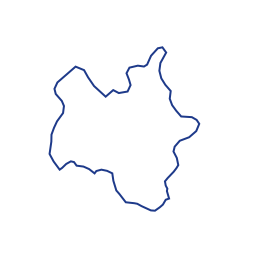 Gwangju-si, Gyeonggi, South Korea, rotated 139°
{"feature_id": "91817680B33140835215225", "entity_name": "Gwangju-si", "entity_type": "district", "adm_level": 2, "iso_a3": "KOR", "parent_name": "South Korea", "parent_adm1": "Gyeonggi", "projection": "natural_earth1", "projection_center": [127.301, 37.396], "detail": "fine", "context": "isolated", "style": "outline", "palette": "blue", "viewbox_px": 256, "rotation_deg": 139, "n_neighbors": 0, "source": "geoboundaries", "source_scale": "gbopen_adm2", "svg_char_len": 1173}
<svg xmlns="http://www.w3.org/2000/svg" viewBox="0 0 256 256"><g transform="rotate(139 128 128)"><path d="M143.3,47.8L140.0,54.9L138.1,56.4L137.3,59.8L135.1,63.5L130.9,64.2L124.5,64.8L122.3,65.0L117.9,65.9L114.4,67.0L110.8,73.4L109.1,80.4L105.0,83.3L97.3,84.4L87.9,80.9L78.5,80.9L71.5,84.4L71.4,85.1L70.9,89.1L72.7,94.3L80.3,101.8L80.3,109.4L79.7,116.3L77.3,122.7L71.5,127.9L71.5,136.1L70.3,143.6L66.8,150.6L60.9,155.8L49.7,159.9L49.1,166.3L52.5,168.2L53.2,168.6L63.2,167.4L72.0,163.3L75.6,163.9L79.7,168.6L87.3,172.6L93.2,170.3L95.5,163.9L97.9,158.7L104.4,155.8L112.0,160.4L114.3,166.3L124.3,166.3L126.1,181.9L124.9,192.4L123.2,200.5L127.3,208.7L151.4,208.7L157.8,205.8L160.2,201.1L160.2,191.8L161.9,186.6L167.2,181.9L177.2,179.6L183.7,176.7L190.1,173.2L194.8,168.0L204.2,159.9L204.8,157.4L206.1,151.5L206.9,141.4L203.9,141.1L198.2,141.4L193.0,140.3L191.1,137.7L191.5,133.3L189.2,130.7L186.9,128.1L184.3,122.5L183.0,115.7L180.1,116.3L175.4,114.0L171.9,109.4L169.6,104.1L173.7,97.7L177.8,88.5L177.8,83.8L178.4,73.4L172.5,67.0L170.7,64.7L169.0,60.1L164.8,50.8L161.9,47.9L156.0,47.3L151.9,47.3L146.6,49.1L143.3,47.8Z" fill="none" stroke="#1e3a8a" stroke-width="2"/></g></svg>